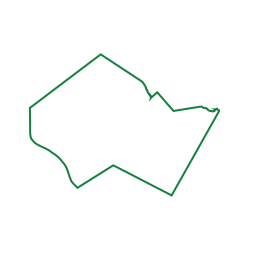 outline of Arauco, La Rioja, Argentina, rotated 319°
{"feature_id": "61730980B43357395590927", "entity_name": "Arauco", "entity_type": "district", "adm_level": 2, "iso_a3": "ARG", "parent_name": "Argentina", "parent_adm1": "La Rioja", "projection": "mercator", "projection_center": [-66.591, -28.559], "detail": "fine", "context": "isolated", "style": "outline", "palette": "green", "viewbox_px": 256, "rotation_deg": 319, "n_neighbors": 0, "source": "geoboundaries", "source_scale": "gbopen_adm2", "svg_char_len": 2770}
<svg xmlns="http://www.w3.org/2000/svg" viewBox="0 0 256 256"><g transform="rotate(319 128 128)"><path d="M207.7,175.0L207.6,174.8L208.1,174.3L208.1,174.1L208.1,173.9L208.0,173.7L207.9,173.4L207.9,173.2L207.9,172.8L207.9,172.6L207.8,172.4L207.8,172.0L207.7,172.0L207.6,171.9L207.4,171.7L207.1,171.7L206.8,171.5L206.6,171.3L206.4,171.3L206.1,171.2L205.8,171.1L205.7,171.0L205.8,171.4L205.7,171.6L205.7,171.8L205.4,171.8L205.2,171.8L204.9,171.7L204.7,171.7L204.3,171.7L204.2,171.8L204.0,171.7L203.9,171.7L203.7,171.5L203.5,171.4L203.3,171.3L203.2,171.2L202.8,171.1L202.6,170.9L202.6,170.7L202.4,170.5L202.4,170.3L202.4,170.2L202.2,170.0L201.9,169.8L201.5,169.4L201.2,169.2L201.1,168.6L200.7,168.1L200.3,167.5L200.2,167.0L200.3,166.6L200.4,166.2L200.4,165.6L200.1,165.1L200.0,164.3L199.4,164.0L199.3,163.7L199.2,163.1L198.8,162.8L198.4,162.5L198.0,161.9L197.8,160.5L197.4,159.9L195.5,158.7L195.3,158.5L193.3,157.3L189.0,154.6L173.5,145.0L173.5,120.3L166.2,120.3L164.9,120.4L165.2,120.2L165.3,119.9L165.6,119.8L165.8,119.7L165.8,119.4L165.8,119.2L166.1,118.9L166.0,118.7L165.9,118.5L166.0,118.4L166.1,118.0L166.2,117.9L166.4,117.8L166.5,117.6L166.3,117.2L166.1,117.0L166.2,116.9L166.3,116.8L166.3,116.5L166.2,116.4L166.1,116.1L166.3,115.9L166.1,115.7L166.1,115.2L166.3,114.8L166.3,114.6L166.5,114.3L166.6,114.0L166.6,113.8L166.6,113.7L166.6,113.3L166.6,113.1L166.7,112.8L167.0,112.6L167.1,112.3L167.1,112.2L167.2,111.9L167.4,111.6L167.4,111.3L167.4,111.1L167.3,110.8L167.3,110.6L167.4,110.4L167.5,110.2L167.7,109.8L167.8,109.7L168.0,109.3L168.2,109.1L168.2,108.8L168.3,108.5L168.3,108.2L168.4,107.9L168.5,107.7L168.6,107.3L168.6,107.1L168.6,106.6L168.6,106.3L168.7,106.0L168.8,105.8L168.8,105.6L168.9,105.4L168.9,105.1L168.9,104.8L169.0,104.6L168.9,104.3L169.0,103.9L169.0,103.7L169.1,103.4L169.1,103.2L169.0,102.7L168.9,102.5L168.9,102.4L168.9,102.2L168.9,101.9L168.9,101.7L155.7,54.6L155.3,54.5L133.7,53.0L67.1,48.5L62.5,53.9L60.9,55.8L58.5,58.7L50.6,67.9L50.0,68.9L49.3,69.8L48.7,70.8L48.2,71.9L48.0,73.0L47.9,74.2L47.9,75.3L47.9,76.5L47.9,77.6L48.1,78.8L48.4,79.9L48.8,81.0L49.2,82.1L49.6,83.2L50.0,84.2L50.5,85.3L51.0,86.3L51.5,87.4L52.0,88.4L52.4,89.5L52.8,90.6L53.2,91.7L53.6,92.8L53.9,93.9L54.2,95.0L54.4,96.1L54.7,97.3L55.0,98.4L55.3,99.5L55.6,100.6L55.8,101.7L56.0,102.9L56.2,104.0L56.3,105.2L56.4,106.3L56.4,107.5L56.4,108.7L56.3,109.8L56.3,111.0L56.3,112.1L56.2,113.3L56.1,114.4L56.0,115.6L55.8,116.7L55.4,117.8L55.0,118.9L54.6,120.0L54.2,121.1L53.8,122.2L53.4,123.2L52.9,124.3L52.4,125.4L51.9,126.4L51.6,127.5L51.2,128.6L50.7,129.7L50.4,130.8L50.3,131.9L50.3,133.1L50.3,134.3L50.3,135.4L50.4,136.6L50.5,137.7L50.5,138.9L50.6,140.0L92.4,146.5L116.7,207.5L206.7,175.4L206.9,175.3L207.6,175.1L207.7,175.0Z" fill="none" stroke="#15803d" stroke-width="2"/></g></svg>